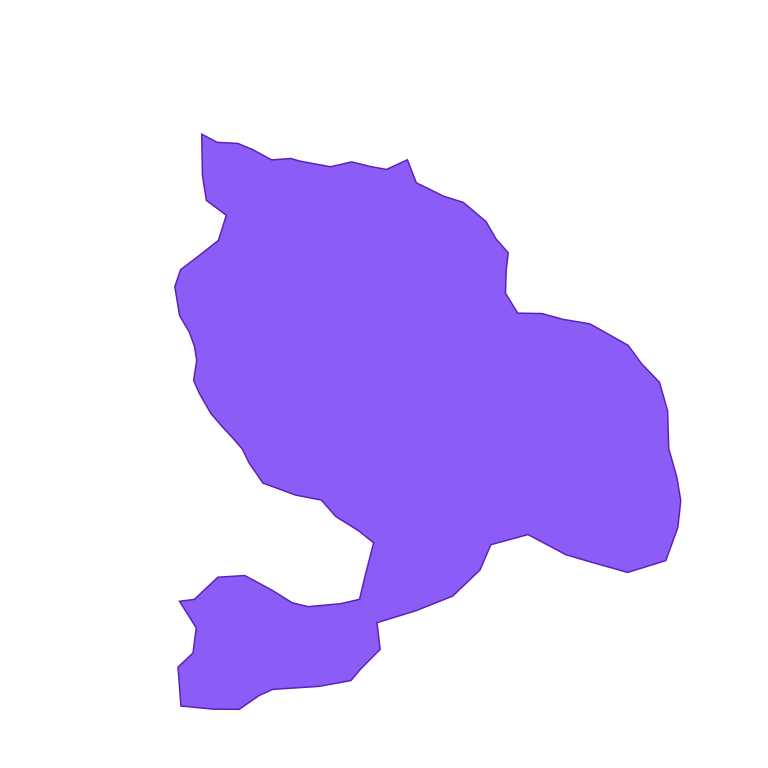 outline of Exo Metochi, Cyprus, rotated 347°
{"feature_id": "46923920B63490584599042", "entity_name": "Exo Metochi", "entity_type": "district", "adm_level": 2, "iso_a3": "CYP", "parent_name": "Cyprus", "parent_adm1": "", "projection": "orthographic", "projection_center": [33.534, 35.206], "detail": "fine", "context": "isolated", "style": "filled", "palette": "violet", "viewbox_px": 768, "rotation_deg": 347, "n_neighbors": 0, "source": "geoboundaries", "source_scale": "gbopen_adm2", "svg_char_len": 1262}
<svg xmlns="http://www.w3.org/2000/svg" viewBox="0 0 768 768"><g transform="rotate(347 384 384)"><path d="M135.9,549.7L146.2,579.4L137.4,603.1L119.6,613.5L113.7,652.1L144.7,662.5L169.8,668.4L192.0,659.5L206.8,656.5L252.6,664.0L285.1,665.5L296.9,656.6L320.5,641.7L323.5,615.0L364.8,612.0L403.2,606.1L435.7,586.8L452.0,564.6L490.4,563.1L522.9,591.3L546.5,604.6L579.0,622.4L618.9,619.4L638.1,589.8L646.9,564.5L648.4,540.8L646.9,511.1L654.3,474.0L653.7,461.8L652.8,444.4L639.5,422.1L630.6,401.3L614.4,386.5L598.1,371.7L573.0,361.3L553.8,350.9L530.2,345.0L522.8,322.8L528.7,300.5L534.6,284.2L525.8,267.9L519.9,248.6L502.1,224.9L484.4,214.5L460.8,195.2L457.2,170.8L434.6,175.5L419.4,168.9L402.4,160.3L380.7,160.3L352.4,148.0L343.9,143.3L325.0,140.4L308.9,126.2L295.7,116.7L275.8,111.0L262.6,99.6L254.1,139.5L252.2,165.1L268.3,184.1L255.0,206.8L228.6,219.2L211.6,226.8L202.1,242.0L200.2,271.4L205.9,289.4L207.8,304.6L206.8,318.8L199.3,337.8L202.1,352.1L208.7,373.9L217.2,390.0L223.8,401.4L231.4,415.7L234.8,430.5L243.7,453.3L273.3,472.6L296.9,483.0L307.2,502.3L326.4,521.5L338.2,536.4L323.5,564.6L311.7,588.3L292.5,588.3L260.0,583.9L245.2,576.4L228.9,560.1L205.3,539.3L178.7,534.9L150.7,551.2L135.9,549.7Z" fill="#8b5cf6" stroke="#5b21b6" stroke-width="1.5"/></g></svg>